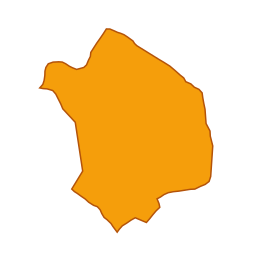 the district of Viradouro, São Paulo, Brazil, rotated 261°
{"feature_id": "56859067B60217010501948", "entity_name": "Viradouro", "entity_type": "district", "adm_level": 2, "iso_a3": "BRA", "parent_name": "Brazil", "parent_adm1": "São Paulo", "projection": "orthographic", "projection_center": [-48.306, -20.88], "detail": "fine", "context": "isolated", "style": "filled", "palette": "amber", "viewbox_px": 256, "rotation_deg": 261, "n_neighbors": 0, "source": "geoboundaries", "source_scale": "gbopen_adm2", "svg_char_len": 1300}
<svg xmlns="http://www.w3.org/2000/svg" viewBox="0 0 256 256"><g transform="rotate(261 128 128)"><path d="M67.2,202.1L97.0,208.9L107.1,208.0L112.2,208.5L120.2,205.8L134.5,207.0L140.5,206.7L146.0,206.6L151.1,206.7L155.1,204.1L157.9,199.9L161.7,197.0L164.7,192.3L168.7,190.9L172.2,187.7L177.6,183.3L182.6,179.0L187.4,173.5L190.8,169.4L207.8,149.7L210.4,147.7L213.2,146.5L215.7,144.0L218.1,141.6L220.8,138.6L222.7,135.5L224.1,132.6L226.1,129.6L228.6,125.6L229.2,122.1L224.9,118.3L221.0,114.6L216.7,110.4L208.5,103.1L204.5,102.0L201.2,99.6L196.8,96.9L194.7,93.8L193.9,86.4L196.3,82.4L198.3,79.6L201.2,76.5L203.4,73.4L204.2,70.0L204.8,64.3L203.9,59.3L200.7,56.4L197.2,54.9L193.0,54.1L188.1,52.6L184.4,50.7L181.4,47.1L180.2,50.3L179.3,54.2L176.8,59.5L172.8,62.0L169.0,63.2L166.2,64.1L162.1,65.4L157.1,66.6L141.9,76.8L92.5,76.5L76.5,62.9L73.6,65.1L71.3,67.7L68.1,70.9L64.6,74.6L60.8,77.6L57.0,81.9L55.1,85.4L51.6,87.7L47.7,88.7L43.4,90.4L40.7,93.0L36.3,96.3L33.1,97.7L26.8,101.0L29.5,103.7L32.3,107.1L34.2,111.7L36.6,116.7L38.2,121.1L34.1,127.7L31.8,131.4L35.1,135.3L38.5,139.0L41.7,142.7L44.7,147.0L48.5,146.8L53.5,145.6L54.8,149.4L56.6,153.1L57.8,157.5L58.0,162.8L57.7,168.3L57.7,179.9L57.2,184.5L59.0,190.3L60.2,195.4L62.5,199.7L67.2,202.1Z" fill="#f59e0b" stroke="#b45309" stroke-width="1.5"/></g></svg>